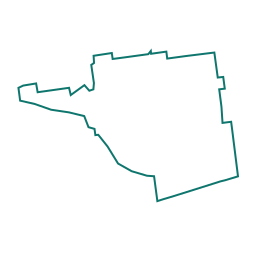 the district of Floyd, Georgia, United States of America, rotated 262°
{"feature_id": "52423323B2817589599691", "entity_name": "Floyd", "entity_type": "district", "adm_level": 2, "iso_a3": "USA", "parent_name": "United States of America", "parent_adm1": "Georgia", "projection": "orthographic", "projection_center": [-85.181, 34.333], "detail": "fine", "context": "isolated", "style": "outline", "palette": "teal", "viewbox_px": 256, "rotation_deg": 262, "n_neighbors": 0, "source": "geoboundaries", "source_scale": "gbopen_adm2", "svg_char_len": 784}
<svg xmlns="http://www.w3.org/2000/svg" viewBox="0 0 256 256"><g transform="rotate(262 128 128)"><path d="M204.3,104.0L197.1,103.4L195.6,100.4L177.2,100.5L171.1,99.1L170.3,94.9L176.5,90.8L168.6,75.9L176.0,75.2L176.0,43.5L184.9,43.2L184.6,30.1L183.0,25.1L170.1,25.0L164.8,38.9L156.8,54.4L151.7,71.7L145.9,86.3L134.3,89.0L131.8,94.7L125.5,94.7L125.4,97.6L112.5,105.2L94.2,113.2L84.7,125.6L78.1,140.1L76.6,147.1L51.5,146.9L52.7,153.8L52.9,155.3L53.7,160.5L53.8,161.4L62.3,212.3L62.7,216.6L64.8,230.2L111.3,230.9L119.8,231.0L119.9,222.3L135.9,223.5L153.6,223.7L153.5,229.3L165.3,229.4L165.5,223.9L190.7,224.0L191.2,195.2L191.3,176.5L198.3,176.6L198.3,161.2L201.1,161.3L198.3,158.4L198.4,134.6L198.5,122.4L204.5,122.4L204.3,104.0Z" fill="none" stroke="#0f766e" stroke-width="2"/></g></svg>